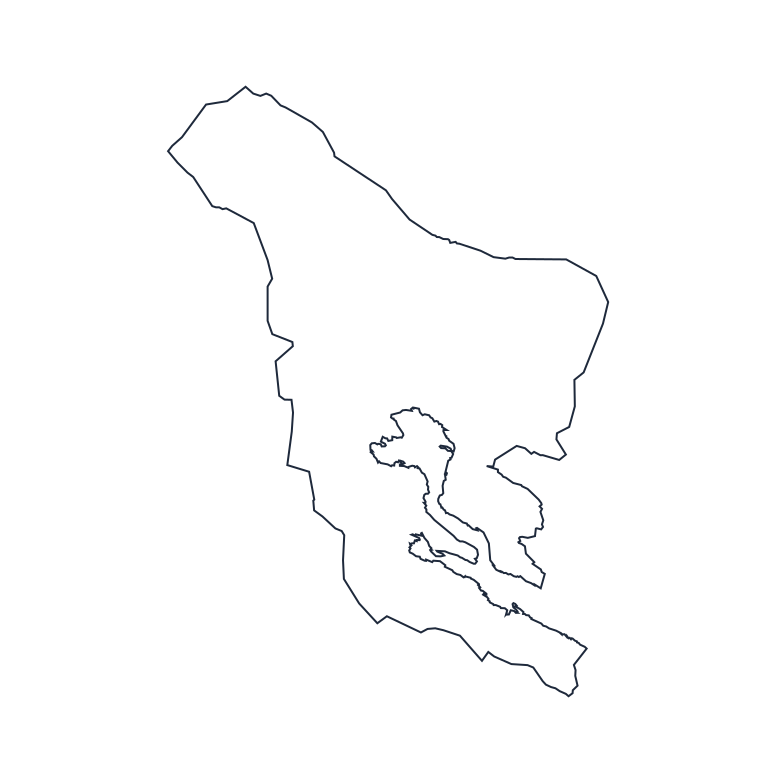 outline of Samnanger nor, Hordaland, Norway, rotated 288°
{"feature_id": "86288312B8204828697072", "entity_name": "Samnanger nor", "entity_type": "district", "adm_level": 2, "iso_a3": "NOR", "parent_name": "Norway", "parent_adm1": "Hordaland", "projection": "orthographic", "projection_center": [5.7, 60.407], "detail": "fine", "context": "isolated", "style": "outline", "palette": "slate", "viewbox_px": 768, "rotation_deg": 288, "n_neighbors": 0, "source": "geoboundaries", "source_scale": "gbopen_adm2", "svg_char_len": 6166}
<svg xmlns="http://www.w3.org/2000/svg" viewBox="0 0 768 768"><g transform="rotate(288 384 384)"><path d="M277.0,317.1L277.4,339.9L252.5,353.4L251.2,352.8L242.2,356.6L239.0,366.4L231.6,382.4L231.1,389.2L227.9,392.9L203.7,399.5L186.2,406.1L167.6,428.2L154.4,451.6L164.0,458.5L159.1,495.9L164.5,501.1L167.5,508.2L168.2,516.6L168.1,534.0L151.0,562.7L161.4,566.0L158.9,573.0L157.0,591.7L161.0,607.4L160.5,613.6L150.4,626.8L148.1,630.9L147.4,636.5L147.6,641.1L146.2,646.0L145.5,652.7L144.1,656.0L148.2,658.9L151.1,658.2L156.9,661.3L165.5,656.1L171.1,654.6L175.5,651.4L195.0,658.5L196.1,656.1L196.7,651.0L197.9,649.2L197.9,647.4L198.8,647.0L198.9,644.9L200.2,642.0L200.1,641.0L199.0,640.7L200.0,639.0L199.2,638.1L200.9,635.8L200.0,635.9L201.8,633.0L201.0,631.1L201.4,630.1L200.8,630.3L202.0,627.6L202.6,623.8L202.6,616.5L203.5,613.2L203.3,610.1L204.8,607.7L206.0,596.8L206.9,596.8L207.2,595.0L208.7,593.2L208.1,590.6L208.8,589.0L208.3,587.3L210.2,587.1L212.0,583.0L213.1,577.3L214.2,578.7L215.4,576.8L215.6,574.8L214.4,574.3L211.6,576.0L210.1,579.6L209.0,581.1L208.3,580.3L207.7,581.9L207.1,580.1L208.3,578.0L208.0,574.5L203.4,574.0L202.5,571.7L203.1,571.6L202.5,571.3L206.9,571.1L208.1,568.2L207.0,564.4L208.0,563.3L208.3,558.6L207.6,556.6L208.4,556.0L209.0,552.1L210.0,551.7L210.6,549.6L211.9,549.8L213.2,547.9L214.3,543.3L215.7,543.8L215.6,546.4L216.2,546.2L217.8,541.8L217.5,540.2L219.4,537.5L220.4,538.3L222.3,534.7L221.9,536.6L223.0,536.2L225.5,529.8L225.8,526.8L226.5,526.3L226.1,520.7L224.5,520.2L225.6,520.1L224.7,519.4L226.0,515.7L225.7,511.9L226.7,508.0L228.0,506.5L229.0,498.3L230.6,498.3L232.8,492.0L231.2,485.5L229.5,484.9L230.0,478.3L228.8,478.6L228.5,477.4L229.0,472.8L230.8,471.4L230.1,467.7L231.5,463.7L231.8,460.6L233.5,459.4L235.8,460.0L236.5,458.7L238.9,459.9L239.2,458.6L240.2,458.0L240.0,458.8L241.1,459.8L241.7,461.7L244.7,461.7L244.7,463.6L245.7,463.2L246.5,466.1L247.2,466.1L248.4,464.9L249.2,456.8L249.9,457.7L249.4,460.7L250.8,460.7L251.4,467.0L253.4,465.4L254.1,466.0L250.1,470.0L247.4,474.5L243.9,477.1L242.5,479.8L241.2,479.4L240.9,480.6L240.1,479.5L239.2,480.6L236.3,486.6L237.6,491.2L239.5,494.3L240.6,492.2L241.1,486.4L241.6,485.7L243.7,493.7L243.3,498.6L243.7,507.1L242.7,510.1L242.8,511.8L241.8,515.8L242.1,517.6L241.2,520.4L240.8,524.9L241.3,526.3L244.0,527.2L245.9,524.5L246.9,526.0L250.6,526.2L255.2,523.7L256.8,519.9L258.6,510.2L258.6,507.5L257.8,504.9L258.6,501.4L261.1,497.1L270.3,473.8L273.7,468.1L275.4,463.8L277.8,463.1L279.0,461.2L281.4,461.8L283.3,458.7L283.7,460.1L284.9,459.9L287.7,456.8L291.0,456.6L292.5,457.6L293.2,459.7L294.9,460.4L297.1,458.5L299.9,457.9L301.6,455.8L304.8,455.6L310.7,450.3L311.4,447.4L314.6,444.0L314.4,442.2L315.3,442.4L316.1,440.8L314.3,439.2L315.3,438.2L315.0,436.1L312.7,432.9L311.8,433.1L312.2,428.6L311.1,424.4L312.3,424.0L312.8,425.8L315.1,428.0L316.1,426.3L316.1,424.0L314.1,425.1L315.8,421.9L313.9,421.5L313.8,419.6L311.9,418.4L309.6,418.9L309.2,416.8L308.0,416.2L308.7,412.3L307.8,405.2L308.9,403.2L307.4,402.6L310.6,399.9L312.1,396.8L313.7,395.9L315.1,392.3L315.8,392.4L316.3,394.2L317.3,392.7L317.2,391.5L321.7,389.8L323.8,390.7L325.1,393.6L324.5,396.3L325.3,396.9L325.7,399.5L323.9,401.1L325.0,404.1L326.2,404.7L327.5,403.4L328.2,398.8L333.4,399.1L332.8,402.0L333.2,403.8L331.2,405.7L333.1,409.2L336.5,408.2L337.0,412.1L336.6,412.8L338.4,416.2L338.4,417.5L341.4,418.2L342.9,417.3L348.9,409.6L352.5,406.8L353.1,404.6L354.1,403.8L353.7,402.9L354.4,401.0L357.1,400.6L361.9,408.2L364.7,409.8L366.1,412.9L367.1,418.8L368.6,417.5L370.6,418.8L370.6,419.8L369.0,419.5L370.8,420.4L371.3,424.9L368.2,426.9L366.2,430.3L367.8,432.1L368.2,436.6L366.6,438.6L366.4,440.5L363.8,443.5L365.0,445.2L364.9,447.0L362.8,448.8L363.5,450.0L362.9,452.1L361.0,452.5L359.6,457.8L358.6,454.8L357.3,455.1L353.5,458.8L353.8,460.2L353.1,459.2L352.2,460.1L351.6,462.4L350.2,463.5L348.6,468.6L344.8,471.0L341.4,471.1L341.4,468.7L343.1,467.4L343.9,463.3L342.9,457.0L341.7,456.3L340.7,458.1L341.8,462.3L340.2,465.4L341.0,468.6L338.8,471.4L334.8,471.0L334.0,469.8L332.8,470.6L330.9,468.8L318.6,469.7L319.2,470.2L318.6,471.4L316.9,471.4L316.7,470.0L312.0,472.3L310.3,470.8L305.3,471.2L298.5,474.1L296.5,473.4L295.2,471.5L291.5,471.1L289.3,471.7L287.1,473.6L287.0,474.8L284.1,476.8L284.6,477.6L283.0,479.5L282.7,481.1L279.6,483.4L280.7,482.8L281.0,484.5L280.2,486.6L280.2,490.5L279.0,496.0L276.7,501.8L276.9,505.9L275.3,507.3L275.8,508.0L273.4,513.2L273.7,518.1L275.4,516.3L275.9,516.9L273.6,524.5L264.8,533.0L249.2,539.5L245.5,544.8L245.1,543.8L242.0,548.2L241.4,553.0L242.0,552.8L241.9,554.3L241.2,556.4L242.0,558.3L241.3,561.1L242.4,563.0L241.3,566.8L241.5,569.5L242.4,570.4L242.1,571.9L243.4,573.0L240.3,580.0L240.1,585.3L239.0,589.4L239.9,589.1L238.1,596.2L253.1,595.6L253.9,592.1L256.1,590.5L258.9,580.9L261.0,582.0L266.5,571.4L273.2,568.2L274.4,564.3L274.5,561.4L275.1,560.7L276.8,562.1L279.1,560.1L280.4,560.6L281.4,562.7L282.1,568.3L286.0,574.6L293.4,573.1L294.0,573.9L294.3,578.4L297.2,579.4L299.3,577.6L303.6,577.6L310.7,572.3L314.1,572.9L315.7,569.8L318.0,571.2L319.3,570.4L321.9,566.8L328.6,553.0L329.4,546.8L330.3,545.8L329.8,537.4L332.6,528.8L332.6,526.0L334.2,523.8L335.4,519.6L337.8,518.8L337.7,507.0L339.2,513.4L346.4,513.0L366.1,529.3L366.5,538.0L363.1,545.7L365.8,547.7L364.6,554.8L365.4,557.0L365.9,574.1L373.1,578.8L384.6,565.1L390.6,563.7L400.4,573.4L421.7,572.4L446.8,563.8L456.7,570.3L509.1,573.6L531.2,571.9L552.3,552.5L558.8,518.8L543.5,470.4L544.0,467.2L543.0,464.0L540.7,460.7L538.5,449.0L540.6,434.6L540.7,412.3L540.2,409.9L541.3,408.2L538.7,403.4L541.1,401.5L541.5,400.1L540.2,395.5L540.8,391.2L540.1,388.8L541.0,387.1L540.8,383.9L548.3,357.5L562.4,334.5L568.8,326.0L585.2,266.6L588.6,265.0L604.8,248.0L610.5,234.6L616.6,204.9L617.0,199.5L623.3,187.7L623.8,182.2L619.8,177.4L619.8,169.9L623.9,160.5L604.6,147.5L594.8,128.4L556.3,115.6L545.1,109.0L538.7,106.7L530.7,119.3L524.3,131.8L521.9,138.6L500.1,165.7L500.1,169.5L501.1,172.8L500.4,176.4L502.3,179.7L496.8,210.4L465.9,235.0L449.6,245.1L440.7,243.2L408.1,253.8L396.9,262.4L395.6,283.9L391.8,285.6L372.1,273.9L340.4,288.0L338.4,294.2L340.4,300.9L328.7,306.3L310.2,311.0L277.0,317.1Z" fill="none" stroke="#1e293b" stroke-width="2"/></g></svg>